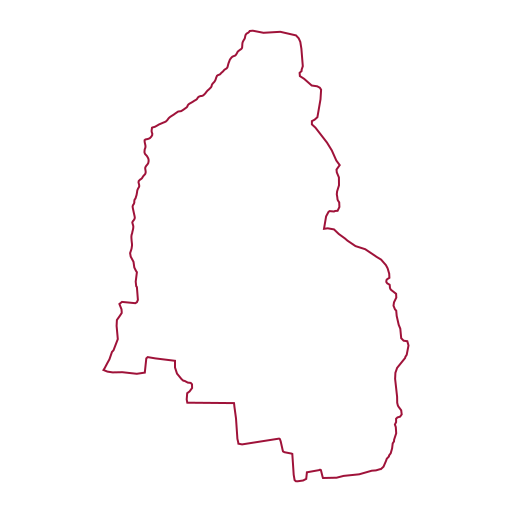 the district of Masagua, Escuintla, Guatemala
{"feature_id": "79465075B43224707646328", "entity_name": "Masagua", "entity_type": "district", "adm_level": 2, "iso_a3": "GTM", "parent_name": "Guatemala", "parent_adm1": "Escuintla", "projection": "robinson", "projection_center": [-90.832, 14.098], "detail": "fine", "context": "isolated", "style": "outline", "palette": "rose", "viewbox_px": 512, "rotation_deg": 0, "n_neighbors": 0, "source": "geoboundaries", "source_scale": "gbopen_adm2", "svg_char_len": 5292}
<svg xmlns="http://www.w3.org/2000/svg" viewBox="0 0 512 512"><path d="M152.0,127.7L151.7,129.8L151.6,130.6L151.6,131.3L151.9,132.6L152.3,133.6L152.2,135.1L151.4,136.5L150.5,137.5L149.9,138.1L148.7,138.7L147.3,139.1L146.2,139.3L145.4,139.5L144.6,140.2L144.6,141.3L144.8,142.7L145.2,144.4L145.4,145.4L145.5,146.3L145.4,147.5L145.1,148.4L144.7,149.4L144.5,151.3L144.5,152.5L145.0,153.9L145.8,154.8L146.9,156.0L147.5,157.0L148.2,158.3L148.5,159.3L148.6,160.2L148.6,161.2L148.4,162.3L148.2,163.2L147.7,164.0L147.1,164.8L146.3,165.7L145.7,166.7L145.3,167.4L145.2,168.8L145.4,169.7L145.6,171.0L145.7,172.1L145.5,173.1L145.2,174.0L144.7,174.6L143.9,175.4L143.0,176.5L142.3,177.7L141.9,178.3L141.1,179.0L140.1,179.6L139.5,180.2L138.7,181.1L138.5,182.4L138.8,183.5L139.2,185.2L139.2,186.4L138.9,187.2L138.1,188.5L137.4,190.1L137.2,191.0L137.0,192.6L136.7,194.2L136.5,195.2L136.0,196.7L135.7,197.8L135.4,198.6L134.9,199.2L134.5,199.9L134.3,201.2L134.3,202.6L133.8,204.0L133.2,204.8L132.8,205.7L132.6,206.6L132.8,208.0L133.8,212.7L134.6,216.3L134.8,217.7L134.6,218.7L134.1,219.6L133.6,220.4L133.1,220.9L132.6,221.7L132.3,222.5L132.6,223.7L133.0,225.0L133.3,226.2L133.3,227.2L133.2,228.3L133.0,229.3L132.7,230.6L132.4,231.8L132.1,233.4L131.6,234.8L131.4,236.3L131.4,237.8L131.5,239.2L131.6,240.6L131.8,242.4L132.0,244.1L132.0,245.8L131.8,246.8L131.7,247.7L131.5,248.8L131.0,250.4L130.1,253.1L130.7,256.6L133.5,261.8L134.3,267.5L136.0,270.9L136.9,272.2L135.7,281.6L136.2,286.2L136.9,287.1L137.9,299.9L136.9,302.2L135.3,303.2L122.0,301.9L119.4,304.0L121.5,309.3L121.7,311.8L121.7,313.0L120.0,315.6L116.9,320.0L116.6,325.9L117.8,339.1L115.8,344.3L113.5,350.3L112.0,351.9L109.4,359.4L107.5,362.8L104.7,368.1L103.5,370.0L107.4,371.6L112.6,372.4L122.3,372.2L136.8,373.8L144.8,372.6L146.3,358.4L147.7,357.1L155.4,358.4L175.0,360.8L175.0,367.5L177.0,373.6L181.5,379.1L183.3,380.7L184.6,380.9L187.8,382.6L190.7,382.9L192.0,384.3L192.1,388.0L189.6,391.4L187.2,393.2L186.7,399.4L187.3,402.7L234.0,403.1L234.2,404.6L234.4,406.6L236.0,418.4L237.4,438.8L238.1,441.8L238.3,442.8L238.4,443.7L242.1,444.4L279.1,438.6L279.9,439.1L280.7,441.4L282.7,450.3L283.0,451.4L284.4,452.2L291.6,453.6L292.3,453.9L293.7,474.8L294.6,480.1L295.8,481.2L297.5,481.3L303.1,480.5L306.2,478.9L306.8,473.4L306.9,472.3L319.2,470.1L320.0,469.7L320.9,470.1L322.6,476.9L323.0,478.0L336.6,477.7L343.6,475.9L359.2,474.3L371.8,470.7L375.9,470.4L380.3,469.1L380.9,469.1L383.5,466.7L385.9,461.2L386.8,458.7L388.9,456.5L389.1,455.4L390.7,453.3L392.1,448.4L392.7,443.4L394.0,441.4L394.1,439.7L396.2,433.3L395.8,427.1L394.9,424.5L396.1,422.1L396.1,418.7L397.5,417.4L400.0,416.7L400.7,415.8L401.7,414.4L401.2,410.3L398.6,406.8L397.9,405.6L397.2,402.8L397.1,396.8L395.1,378.8L395.2,377.1L395.4,372.8L397.1,367.9L405.1,358.0L405.4,356.8L406.7,354.8L408.5,345.5L407.3,341.2L403.6,340.7L401.2,338.2L400.3,328.7L398.7,324.8L396.7,316.0L396.2,310.6L395.0,309.4L393.5,305.7L394.0,302.3L396.3,297.6L396.1,293.8L391.6,290.3L390.9,289.7L390.4,289.0L390.1,288.3L389.9,287.5L389.8,285.8L389.6,284.7L388.4,284.0L387.3,283.4L386.4,282.2L386.3,281.2L386.6,279.8L387.3,279.1L388.3,278.5L389.4,277.8L389.2,273.7L387.6,268.3L385.9,265.1L381.1,259.6L376.3,256.7L375.5,256.1L365.2,249.2L355.5,246.1L347.4,240.6L345.0,238.5L338.8,234.0L334.0,229.4L327.7,228.3L324.0,228.8L326.1,216.4L328.5,211.9L329.6,211.1L334.0,211.5L335.0,211.0L335.9,210.9L336.7,210.9L337.6,210.8L339.4,207.0L339.2,202.4L337.9,200.4L337.5,199.3L337.3,197.3L336.8,194.3L337.1,191.4L339.0,185.3L338.9,177.4L336.8,172.4L336.5,169.6L339.7,165.1L336.3,160.5L331.8,150.4L327.0,142.6L315.4,127.6L311.9,124.4L311.9,121.1L314.6,119.7L317.4,117.2L320.5,99.3L321.1,89.7L319.8,87.7L317.2,86.3L311.7,85.5L304.1,78.8L299.9,76.1L299.6,72.9L301.6,71.0L301.6,69.8L302.8,66.2L301.4,48.8L300.3,41.9L298.7,38.3L296.0,35.4L280.3,31.8L263.5,32.8L252.8,30.7L249.7,31.0L249.1,31.9L248.1,32.8L247.2,33.2L246.3,33.9L245.5,35.1L245.2,36.4L244.9,37.8L244.7,38.6L244.1,39.5L243.4,40.7L242.9,41.7L242.6,42.4L242.4,43.5L242.3,44.5L242.3,45.2L242.2,46.4L242.1,47.7L241.7,48.5L241.0,49.2L240.3,49.6L239.4,50.3L238.3,51.1L237.5,52.0L237.1,52.9L236.5,53.9L236.0,54.7L235.3,55.5L234.3,55.9L233.0,56.4L232.4,56.7L231.6,57.4L230.8,58.4L229.9,59.6L229.6,60.4L229.2,61.5L228.5,63.3L228.2,64.4L227.8,65.9L227.6,66.8L227.3,67.5L226.6,68.4L225.8,68.9L224.8,69.5L224.0,70.2L223.3,71.1L222.7,71.7L222.1,72.2L221.2,73.0L220.6,73.7L219.9,74.4L218.9,74.8L217.8,75.2L217.0,75.8L216.6,76.7L216.2,77.6L215.9,78.6L215.5,79.8L215.1,80.6L214.7,81.3L214.2,82.0L213.3,82.9L212.6,83.7L212.1,84.4L211.8,85.1L211.5,86.4L211.0,87.3L210.4,87.9L209.6,88.7L208.8,89.5L207.6,90.5L206.3,92.0L205.6,93.0L204.8,93.9L203.9,94.8L203.2,95.4L202.3,95.8L201.6,96.0L200.8,96.0L199.8,96.3L198.7,96.8L198.1,97.3L197.6,98.0L196.9,99.1L196.3,99.6L195.7,100.0L194.4,100.7L192.9,101.7L191.4,102.6L190.1,103.3L189.0,104.0L188.4,104.5L187.7,105.4L187.3,106.6L186.5,107.5L185.9,107.9L183.4,109.7L181.2,111.1L180.0,111.3L178.9,111.4L177.8,111.7L176.6,112.6L175.5,113.3L174.7,113.9L173.6,114.7L171.5,116.0L170.6,116.6L169.9,117.1L169.3,117.6L168.7,118.2L168.0,119.1L167.4,120.0L166.9,120.5L166.0,121.4L165.3,121.8L164.4,122.2L163.3,122.6L162.2,123.1L158.9,124.5L157.6,125.3L156.2,126.1L155.1,126.7L153.9,127.1L153.0,127.3L152.0,127.7Z" fill="none" stroke="#9f1239" stroke-width="2"/></svg>